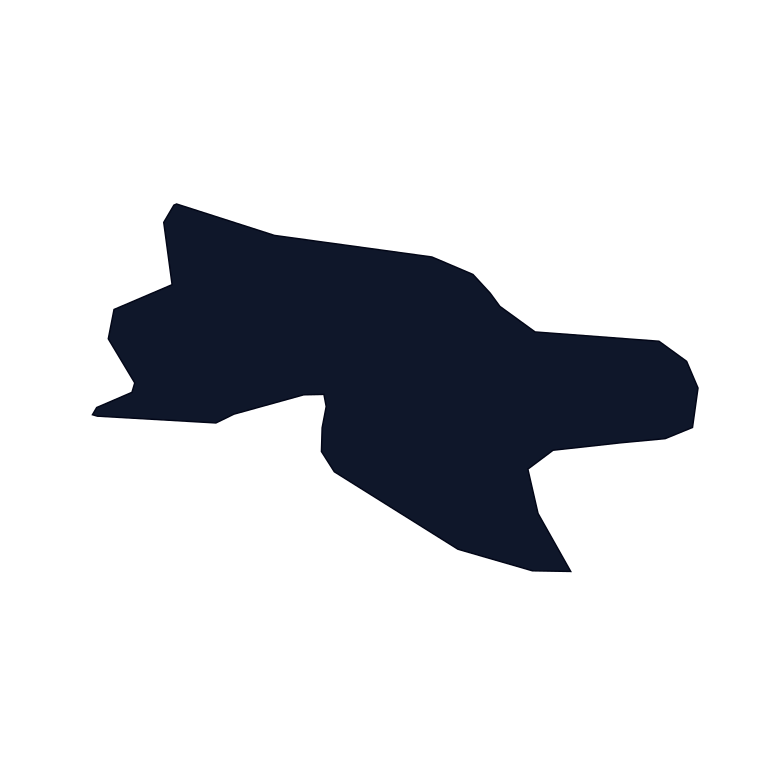 an SVG outline of Newport, rotated 36°
{"feature_id": "GBR-2133", "entity_name": "Newport", "entity_type": "Unitary Authority (wales)", "adm_level": 1, "iso_a3": "GBR", "parent_name": "United Kingdom", "parent_adm1": "", "projection": "albers", "projection_center": [-2.954, 51.579], "detail": "fine", "context": "isolated", "style": "filled", "palette": "ink", "viewbox_px": 768, "rotation_deg": 36, "n_neighbors": 0, "source": "natural_earth", "source_scale": "10m", "svg_char_len": 650}
<svg xmlns="http://www.w3.org/2000/svg" viewBox="0 0 768 768"><g transform="rotate(36 384 384)"><path d="M645.2,425.9L613.8,447.9L541.0,474.2L395.4,484.2L373.1,475.4L359.7,455.8L350.5,436.2L341.5,427.7L325.4,439.9L280.3,496.6L270.9,514.3L171.0,578.5L166.2,580.2L165.4,571.9L185.0,538.9L181.7,529.6L134.4,509.5L121.8,482.4L154.2,428.2L110.8,382.7L108.9,362.8L110.4,360.3L208.0,328.2L243.3,309.3L348.1,253.1L364.5,249.3L391.6,243.1L416.5,248.1L432.1,253.1L475.6,253.1L581.3,187.8L615.5,187.8L640.4,202.7L659.1,237.8L643.6,262.9L609.4,293.0L559.7,338.2L550.4,368.3L584.7,398.2L645.2,425.9Z" fill="#0f172a" stroke="#020617" stroke-width="1.5"/></g></svg>